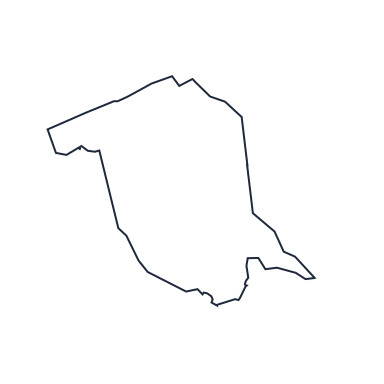 Agia Marina Chrysochous, Paphos, Cyprus (Mercator projection), rotated 43°
{"feature_id": "46923920B44932940301166", "entity_name": "Agia Marina Chrysochous", "entity_type": "district", "adm_level": 2, "iso_a3": "CYP", "parent_name": "Cyprus", "parent_adm1": "Paphos", "projection": "mercator", "projection_center": [32.543, 35.118], "detail": "fine", "context": "isolated", "style": "outline", "palette": "slate", "viewbox_px": 384, "rotation_deg": 43, "n_neighbors": 0, "source": "geoboundaries", "source_scale": "gbopen_adm2", "svg_char_len": 916}
<svg xmlns="http://www.w3.org/2000/svg" viewBox="0 0 384 384"><g transform="rotate(43 192 192)"><path d="M340.3,171.2L311.5,169.0L299.8,173.1L279.3,164.6L251.0,166.0L213.8,134.6L214.1,134.5L177.2,103.3L154.6,103.4L140.2,109.8L119.0,109.3L115.5,109.0L115.2,109.3L110.3,123.1L98.5,120.9L88.5,140.2L79.8,166.4L75.7,176.4L73.0,178.8L60.3,206.4L43.7,244.7L43.9,244.8L65.8,256.2L74.9,250.5L78.9,236.7L81.2,237.4L79.4,235.6L79.7,233.8L87.7,232.9L93.5,228.8L95.9,224.9L162.8,268.7L173.8,268.7L199.7,278.6L214.2,280.7L255.6,268.8L262.3,259.3L269.5,259.7L269.2,257.5L272.4,255.7L277.3,255.1L280.3,256.4L281.7,259.5L287.4,258.1L287.0,257.9L296.6,241.0L299.7,239.3L299.4,237.0L295.7,224.9L295.8,223.1L294.8,223.7L293.5,223.4L292.1,220.3L291.6,216.3L282.1,208.8L277.9,202.4L285.5,195.0L298.3,198.4L305.8,189.4L322.9,180.4L334.4,178.3L339.9,171.8L340.2,171.4L340.3,171.2Z" fill="none" stroke="#1e293b" stroke-width="2"/></g></svg>